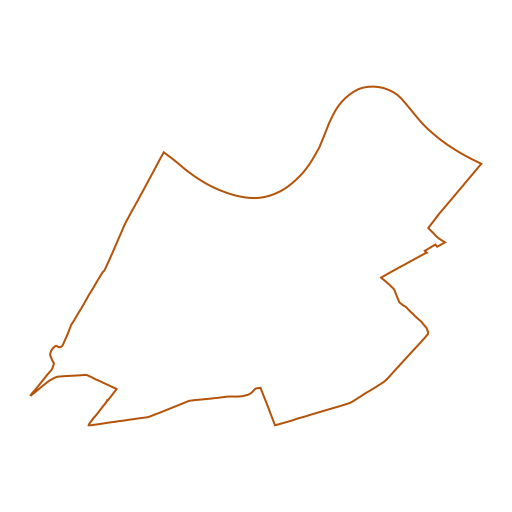 Culemborg, Gelderland, Netherlands
{"feature_id": "6326949B1305766701073", "entity_name": "Culemborg", "entity_type": "district", "adm_level": 2, "iso_a3": "NLD", "parent_name": "Netherlands", "parent_adm1": "Gelderland", "projection": "mercator", "projection_center": [5.204, 51.949], "detail": "fine", "context": "isolated", "style": "outline", "palette": "amber", "viewbox_px": 512, "rotation_deg": 0, "n_neighbors": 0, "source": "geoboundaries", "source_scale": "gbopen_adm2", "svg_char_len": 5981}
<svg xmlns="http://www.w3.org/2000/svg" viewBox="0 0 512 512"><path d="M481.3,163.8L476.2,161.3L471.5,159.0L465.5,155.8L460.8,153.2L456.7,150.7L452.2,147.9L447.9,145.1L443.6,142.0L439.6,139.0L436.1,136.2L431.6,132.3L427.9,129.1L424.3,125.5L420.8,121.8L417.5,117.9L413.9,113.6L411.2,110.2L404.6,102.3L401.0,98.2L397.3,94.8L392.8,91.9L388.4,89.8L383.7,88.1L382.3,87.8L378.4,87.0L373.5,86.6L368.2,86.8L363.3,87.6L358.3,89.2L354.9,91.1L353.9,91.6L349.7,94.5L345.8,97.7L342.1,101.4L338.8,105.4L336.0,109.6L333.6,113.9L331.2,118.6L329.2,122.8L329.0,123.4L323.7,136.8L319.3,147.5L317.8,150.2L313.0,158.6L309.2,164.6L306.1,168.8L303.0,172.7L299.4,176.5L295.7,180.1L291.9,183.4L290.5,184.5L287.8,186.6L283.6,189.4L280.7,191.1L277.8,192.4L274.5,194.0L269.6,195.7L264.7,197.0L259.6,197.8L254.5,198.1L249.4,197.9L244.3,197.3L239.3,196.4L234.3,195.2L229.4,193.7L226.6,192.8L225.1,192.2L219.7,190.2L214.6,187.9L210.1,185.7L206.0,183.5L201.5,180.8L197.3,178.2L193.1,175.3L188.9,172.2L185.0,169.2L183.2,167.7L177.4,162.8L174.0,160.0L164.5,152.8L163.8,152.3L160.6,158.0L159.7,159.6L158.6,161.7L154.0,170.4L141.9,192.9L140.7,194.9L140.6,195.1L139.0,198.1L138.1,200.0L136.2,203.3L131.6,211.5L127.8,218.6L126.6,220.7L124.7,224.6L123.5,227.1L121.5,232.0L117.4,241.3L116.7,243.1L115.6,245.6L113.6,250.2L112.7,252.3L111.9,254.1L111.5,255.0L108.4,261.9L107.5,263.8L105.2,268.9L104.7,269.9L104.0,270.9L103.6,271.2L103.2,271.7L102.3,272.8L101.5,274.0L95.7,283.7L93.1,288.2L92.8,288.7L92.4,289.3L92.1,289.7L91.1,291.5L89.5,293.9L89.3,294.3L88.3,296.0L87.4,297.8L85.9,300.3L84.7,302.4L84.0,303.9L82.8,305.7L81.7,307.8L80.7,309.4L79.8,310.8L79.3,311.6L79.1,311.9L78.6,312.7L78.1,313.5L77.4,314.8L76.3,316.6L75.6,317.8L73.8,320.9L73.5,321.4L71.3,324.6L69.9,328.2L68.1,333.0L67.6,334.1L64.6,341.0L62.5,345.6L61.2,346.8L60.7,347.1L59.8,347.2L58.7,347.0L56.1,345.8L55.3,346.1L54.7,346.6L53.2,348.0L52.7,348.6L51.3,350.6L50.5,352.7L50.2,353.9L50.1,354.6L50.4,356.0L51.1,357.7L51.5,358.3L51.8,359.3L52.2,360.3L53.9,363.1L53.8,364.1L52.4,368.2L51.9,369.2L51.5,369.9L50.2,371.5L49.4,372.3L46.9,375.2L44.8,377.9L43.4,379.7L41.3,382.3L41.2,382.4L40.1,383.7L38.1,386.3L35.3,389.7L34.4,390.7L32.8,392.5L32.7,392.5L31.7,393.9L31.2,394.5L30.7,395.1L31.1,395.4L31.3,395.3L31.3,395.1L31.9,394.5L32.4,394.3L34.7,392.5L42.8,385.8L46.4,382.9L49.1,380.9L51.1,379.7L54.1,378.1L56.4,377.0L57.0,376.9L57.4,376.7L58.6,376.6L60.2,376.5L65.1,376.1L75.2,375.6L84.4,375.0L85.3,375.0L85.5,374.9L86.6,375.1L87.1,375.2L87.4,375.2L87.9,375.5L89.2,376.1L91.2,377.0L94.2,378.6L96.0,379.5L97.5,380.1L100.8,381.5L101.5,381.9L106.9,384.5L107.3,384.6L111.6,386.7L116.5,388.9L116.2,389.4L116.0,389.9L113.2,393.5L110.4,397.1L109.0,398.9L108.1,399.9L107.6,400.5L107.4,400.4L107.4,400.5L106.7,401.3L106.0,402.3L106.1,402.5L101.8,407.8L101.6,408.1L100.8,409.1L99.7,410.6L97.6,413.2L97.0,414.1L96.2,415.0L94.6,417.0L94.4,416.9L92.2,419.8L92.3,419.9L89.8,422.9L89.0,424.3L88.7,425.3L89.8,425.4L90.8,425.2L93.2,425.0L93.5,424.9L94.6,424.7L96.6,424.5L99.6,424.0L103.0,423.5L104.3,423.3L105.2,423.2L106.1,423.0L108.1,422.7L109.8,422.5L110.7,422.3L112.6,422.1L113.3,422.0L115.5,421.7L119.1,421.1L120.6,421.0L121.2,420.9L123.3,420.7L124.1,420.5L125.9,420.3L126.1,420.2L127.0,420.1L128.1,419.9L129.5,419.7L131.5,419.4L131.9,419.4L134.5,419.0L136.9,418.6L140.9,418.1L147.6,417.2L148.6,417.0L154.2,414.8L159.5,412.8L163.5,411.2L189.0,400.9L190.1,400.7L195.6,400.0L201.8,399.5L204.1,399.2L205.8,399.1L206.9,399.0L207.6,398.9L211.1,398.6L213.4,398.3L213.8,398.2L214.8,398.1L217.3,397.9L221.2,397.4L224.5,397.0L225.5,396.9L227.4,396.6L228.4,396.6L231.1,396.5L232.1,396.5L234.9,396.6L236.5,396.6L238.5,396.5L240.4,396.4L242.7,396.1L243.3,396.0L247.0,395.0L247.3,395.0L248.0,394.7L249.0,394.3L250.4,393.5L250.9,393.2L251.5,392.8L251.9,392.4L254.5,389.6L254.9,389.2L255.7,388.6L256.1,388.5L256.3,388.5L256.8,388.3L257.3,388.2L259.2,388.0L260.5,387.8L260.8,388.8L261.8,391.2L262.8,393.7L263.2,394.7L263.5,395.6L264.1,397.0L266.2,402.2L267.5,405.6L268.8,408.9L269.2,410.1L270.5,413.6L272.1,417.7L274.0,422.7L274.4,423.7L275.0,425.3L287.9,421.7L290.8,420.9L291.8,420.6L293.0,420.1L296.5,418.9L299.2,418.1L305.8,416.3L310.6,414.7L315.8,413.2L320.6,411.8L333.4,408.0L337.0,407.0L343.9,404.9L349.6,403.0L350.2,402.9L350.5,402.6L353.0,401.3L353.7,400.8L356.5,399.1L358.5,397.7L360.4,396.6L365.5,393.2L367.2,392.2L368.0,391.8L369.1,391.1L370.7,390.2L371.4,389.8L371.9,389.4L375.3,387.4L378.1,385.6L378.5,385.3L379.1,384.9L379.5,384.7L381.3,383.6L382.0,383.1L383.5,382.2L386.4,379.8L386.3,379.7L387.1,379.0L388.5,377.5L390.0,375.9L390.7,375.0L391.9,373.8L392.5,373.0L393.2,372.3L394.7,370.6L394.8,370.5L395.8,369.4L405.5,358.8L408.4,355.6L413.4,350.2L417.0,346.3L419.7,343.4L423.2,339.5L424.1,338.6L426.5,335.7L426.9,335.2L427.5,334.8L427.6,334.6L427.8,334.3L427.9,334.1L428.0,333.6L428.1,333.3L428.1,332.7L428.0,332.2L428.0,331.8L427.8,331.3L426.5,327.9L426.4,327.8L424.4,325.5L422.5,323.2L421.3,321.6L420.9,321.3L419.7,320.3L417.9,318.7L416.7,317.7L416.0,316.9L415.1,316.2L414.5,315.6L414.0,315.0L413.1,314.1L412.2,313.3L410.7,311.9L410.1,311.3L409.1,310.3L406.7,307.7L406.2,307.2L405.6,306.7L403.9,305.8L403.4,305.5L399.5,302.5L399.2,302.1L399.1,301.7L398.9,301.4L398.7,300.9L398.4,300.0L397.1,297.0L395.0,291.5L394.2,289.6L393.9,289.2L393.4,288.6L388.7,284.0L385.6,281.4L384.3,280.3L383.2,279.4L381.7,278.3L381.3,277.9L381.1,277.6L391.1,271.9L393.4,270.7L401.7,266.1L403.5,265.2L408.9,262.2L410.5,261.3L421.9,255.1L425.4,253.3L426.8,252.8L425.1,251.3L424.7,250.9L435.4,244.5L437.1,246.7L438.9,245.8L441.7,244.2L443.6,243.2L445.0,242.3L442.1,240.5L441.0,239.9L440.2,239.3L439.5,238.9L437.7,237.5L437.0,237.0L436.0,236.0L435.4,235.4L433.2,232.9L431.3,231.1L429.2,229.0L428.6,228.4L428.6,228.2L428.3,227.9L428.5,227.6L428.9,227.1L437.1,216.6L436.9,216.6L437.9,215.3L438.1,215.1L439.5,213.3L441.1,211.5L444.8,207.1L451.2,199.6L455.8,194.1L462.3,186.4L462.6,186.1L463.5,185.0L465.3,182.8L466.0,182.0L466.4,181.5L481.3,163.8Z" fill="none" stroke="#b45309" stroke-width="2"/></svg>